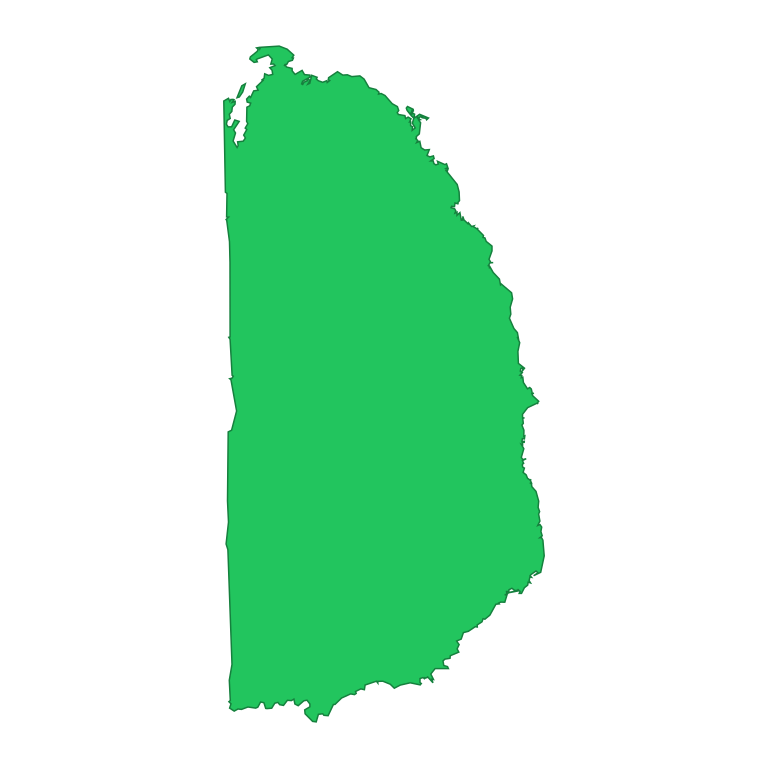 Misamis Occidental, Misamis Occidental, Philippines
{"feature_id": "2640588B78942230860818", "entity_name": "Misamis Occidental", "entity_type": "district", "adm_level": 2, "iso_a3": "PHL", "parent_name": "Philippines", "parent_adm1": "Misamis Occidental", "projection": "albers", "projection_center": [123.731, 8.341], "detail": "fine", "context": "isolated", "style": "filled", "palette": "green", "viewbox_px": 768, "rotation_deg": 0, "n_neighbors": 0, "source": "geoboundaries", "source_scale": "gbopen_adm2", "svg_char_len": 6023}
<svg xmlns="http://www.w3.org/2000/svg" viewBox="0 0 768 768"><path d="M305.1,713.8L312.6,721.4L316.2,721.9L318.4,714.3L322.7,713.8L323.9,715.3L328.1,715.7L333.4,704.5L335.0,704.4L341.6,698.0L350.6,693.9L354.5,694.6L356.2,693.4L355.5,691.5L360.8,688.9L364.4,689.7L365.1,685.0L376.4,681.2L377.8,683.0L377.7,681.4L382.8,681.2L390.2,684.2L394.3,688.2L400.2,685.1L410.2,682.8L420.2,684.9L421.3,683.5L420.0,682.6L420.0,678.5L423.0,677.6L424.5,678.6L425.1,677.0L424.8,678.3L427.7,677.3L427.2,676.4L433.0,682.8L431.7,679.2L433.5,679.5L430.8,674.0L435.1,668.6L448.4,668.6L447.5,666.6L443.8,665.5L443.0,660.9L445.0,659.1L450.0,658.3L450.3,655.7L458.8,652.1L457.1,648.9L459.1,644.6L456.6,641.0L461.2,639.1L463.4,632.6L468.4,631.3L475.2,626.7L477.3,627.0L477.2,624.9L482.0,621.8L483.1,618.7L484.9,619.2L489.9,615.1L495.9,604.2L499.2,603.9L498.6,603.1L500.6,602.1L504.8,602.2L507.0,594.9L505.5,594.9L504.7,594.6L506.9,594.3L506.5,591.5L508.8,591.4L509.0,589.7L511.9,588.3L514.3,590.1L516.3,590.8L517.1,590.1L517.6,590.5L508.2,592.7L507.5,593.2L507.2,594.1L508.4,592.8L518.3,590.9L518.4,589.9L520.1,591.4L519.2,593.4L521.5,593.4L524.4,587.7L527.7,585.1L528.1,582.2L530.5,582.9L529.1,580.6L529.9,577.0L531.5,577.3L530.1,575.6L530.9,574.6L536.0,571.0L538.0,572.8L533.6,575.7L540.7,572.3L544.2,555.9L542.9,540.2L541.5,537.6L539.9,537.7L542.2,535.8L540.9,531.5L541.7,527.1L540.0,524.6L537.7,525.5L539.9,521.1L538.6,514.0L539.6,511.6L538.1,507.4L538.7,501.2L536.0,491.4L531.8,486.6L531.5,483.7L529.8,483.1L531.5,483.0L530.2,480.1L531.3,479.4L530.1,480.1L527.5,478.3L526.2,474.9L523.1,472.4L524.4,468.1L522.7,467.1L522.3,464.8L523.0,463.2L523.9,463.9L522.4,460.6L526.2,458.7L522.8,459.6L521.3,457.4L523.8,448.7L521.2,444.2L522.6,444.8L522.6,442.2L524.2,442.3L524.3,441.3L521.9,441.7L522.4,438.6L524.4,438.9L524.8,435.9L523.8,436.4L523.9,430.2L521.9,425.1L523.3,423.4L522.7,418.3L524.5,417.8L522.6,418.0L522.5,414.3L527.7,407.6L537.2,403.1L538.1,404.0L537.3,403.0L538.7,401.3L532.7,395.7L531.9,393.7L534.0,393.3L532.3,393.4L531.3,389.0L529.7,387.5L527.5,388.8L523.4,382.5L522.8,377.2L521.3,377.7L521.8,375.5L519.9,375.2L522.3,372.6L520.3,371.2L520.8,368.5L522.1,367.9L523.0,369.5L521.9,371.5L524.5,368.2L518.4,363.4L517.9,351.4L519.7,342.7L517.2,336.9L518.4,338.3L517.4,332.6L513.9,328.5L509.4,318.2L510.8,314.2L510.2,307.2L512.6,298.9L511.6,292.8L500.9,283.7L501.0,284.3L500.5,284.8L499.4,279.1L493.2,272.5L489.9,266.7L489.3,268.5L489.6,266.4L488.3,265.7L489.9,262.9L493.2,262.6L491.0,262.7L489.0,259.3L492.0,250.9L492.0,246.1L486.2,241.4L484.9,237.9L483.0,237.5L483.5,235.5L477.1,229.0L478.2,227.9L477.1,228.9L473.3,226.6L473.9,225.9L471.6,226.5L468.4,222.8L468.0,223.8L464.0,219.9L462.4,220.1L463.7,219.1L462.8,216.4L462.9,218.9L461.1,219.2L459.9,212.6L457.0,215.3L457.0,212.1L455.0,213.1L455.8,210.9L454.6,208.8L451.0,207.7L451.6,206.3L454.5,206.6L455.0,203.0L458.5,204.0L457.4,203.2L459.5,200.6L459.1,191.9L457.2,184.5L445.4,169.8L447.4,170.8L448.1,168.8L446.2,168.4L447.8,167.6L446.5,163.8L444.9,164.6L437.5,161.3L438.3,164.0L435.8,164.9L433.9,163.6L433.2,160.9L430.8,160.9L434.1,158.6L433.4,155.9L429.8,156.9L427.0,155.5L429.3,149.6L424.7,150.0L421.1,147.7L419.8,141.3L416.6,142.6L417.8,140.5L415.3,138.3L416.4,138.8L416.3,136.6L419.3,133.9L420.6,122.7L418.6,120.1L420.2,119.7L416.9,117.8L418.5,118.4L420.6,116.5L422.5,118.0L421.3,116.2L422.4,116.0L423.0,117.9L425.9,118.3L426.6,119.8L428.5,118.0L419.6,114.3L416.9,116.2L417.9,117.4L416.0,116.8L414.0,118.1L414.6,114.2L412.9,113.3L411.8,114.3L412.5,112.3L411.4,112.2L412.2,110.0L412.7,111.6L413.4,110.9L413.2,109.3L407.5,106.5L406.3,108.1L407.1,110.4L410.9,115.2L409.9,113.4L411.1,113.1L411.2,115.6L413.8,118.1L412.4,123.2L415.2,127.9L412.2,130.3L412.5,126.7L410.6,125.7L410.6,121.8L409.5,122.0L411.0,118.8L408.1,117.1L405.6,118.6L404.9,115.6L398.4,114.5L397.2,112.6L398.7,110.5L397.4,106.6L392.2,103.7L385.0,95.5L381.1,93.5L378.5,94.1L379.0,92.2L376.0,89.5L369.0,87.7L364.1,79.1L359.9,75.9L351.8,76.6L347.4,74.8L342.8,75.1L337.5,71.7L328.6,77.7L328.3,79.8L329.7,80.6L327.2,82.5L326.8,80.7L322.7,82.3L318.3,80.7L316.3,79.0L317.1,77.3L311.7,75.3L309.8,83.3L307.8,84.2L310.0,80.7L308.8,79.3L307.4,79.8L307.7,78.8L307.0,79.9L307.3,80.8L304.0,82.2L302.7,84.5L301.6,83.9L302.6,81.2L309.9,77.1L309.9,75.1L304.5,74.6L302.1,70.4L295.1,74.4L292.2,70.9L292.1,68.4L286.4,67.0L285.3,64.7L285.0,64.7L284.7,65.5L284.1,65.9L285.0,64.5L286.8,64.3L288.4,61.5L292.4,60.3L293.4,58.0L292.1,57.7L293.8,55.2L287.2,49.2L279.2,46.1L260.6,47.3L259.8,48.9L259.4,47.4L256.6,47.9L258.1,49.3L257.3,51.3L250.4,56.9L249.8,59.0L254.1,62.4L257.3,61.8L256.3,59.6L257.6,58.8L268.4,54.9L272.2,59.0L270.8,64.1L273.7,64.0L275.1,65.6L269.8,67.7L272.1,70.3L272.7,74.4L268.6,75.4L264.7,73.8L264.1,78.3L261.9,79.9L262.2,80.5L263.1,80.2L263.2,80.3L256.5,86.7L258.1,90.2L253.7,90.9L250.6,97.5L249.3,96.2L246.6,99.1L247.2,102.1L250.7,103.1L249.7,105.8L246.9,107.2L246.6,121.3L247.8,123.7L245.2,128.1L246.8,129.5L243.7,135.1L245.4,138.0L243.2,141.2L237.6,141.8L238.2,145.5L237.1,147.5L233.1,141.0L235.5,133.0L233.6,129.8L239.2,121.4L234.8,120.0L231.6,126.8L228.1,126.9L226.4,124.2L227.2,120.4L230.2,118.5L229.3,114.2L231.8,111.5L232.3,107.1L235.0,104.3L235.2,101.4L232.2,102.4L234.1,99.8L233.2,99.4L230.9,99.5L229.8,101.4L228.5,98.3L223.8,101.0L225.4,192.2L227.0,193.4L226.6,216.9L228.6,217.1L225.6,220.0L226.6,219.4L229.5,241.7L230.0,262.2L230.1,336.9L228.8,337.3L230.1,339.3L232.1,375.3L233.3,376.2L232.0,378.2L229.7,378.7L231.0,379.9L236.6,411.0L231.6,430.2L228.2,431.9L227.5,500.9L228.5,522.1L226.1,544.0L227.9,549.7L232.0,664.4L229.3,680.2L230.3,700.5L228.9,701.7L231.0,703.8L229.6,708.1L234.2,711.1L238.0,709.0L241.5,709.4L247.9,707.0L255.7,708.1L257.8,707.2L260.6,702.0L263.9,702.7L265.7,708.4L266.9,708.6L271.7,708.2L274.8,703.2L277.9,702.4L279.7,704.7L283.5,705.4L287.4,700.3L291.4,700.6L293.9,699.1L294.9,704.0L298.2,705.7L303.8,700.8L307.0,700.2L309.9,704.0L309.9,706.8L304.7,709.9L305.1,713.8ZM245.3,83.8L241.8,85.8L237.0,97.7L239.3,97.0L242.7,92.0L245.3,83.8Z" fill="#22c55e" stroke="#15803d" stroke-width="1.5"/></svg>